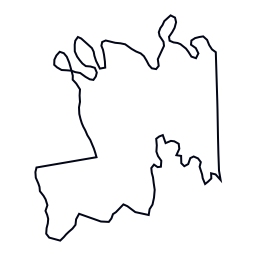 outline of Coronel Barros, Rio Grande do Sul, Brazil
{"feature_id": "56859067B68301382836853", "entity_name": "Coronel Barros", "entity_type": "district", "adm_level": 2, "iso_a3": "BRA", "parent_name": "Brazil", "parent_adm1": "Rio Grande do Sul", "projection": "natural_earth1", "projection_center": [-54.066, -28.404], "detail": "fine", "context": "isolated", "style": "outline", "palette": "ink", "viewbox_px": 256, "rotation_deg": 0, "n_neighbors": 0, "source": "geoboundaries", "source_scale": "gbopen_adm2", "svg_char_len": 2233}
<svg xmlns="http://www.w3.org/2000/svg" viewBox="0 0 256 256"><path d="M220.6,180.0L219.0,170.6L218.4,153.5L218.0,137.5L217.5,109.5L217.3,101.4L215.8,52.2L212.0,49.4L209.2,45.1L207.1,39.9L203.2,36.4L199.4,37.0L195.1,38.1L191.4,40.5L191.0,44.7L195.8,48.1L198.4,53.4L196.0,58.2L191.4,56.6L188.4,51.8L186.0,48.6L180.5,44.2L177.6,43.0L173.5,42.4L169.6,40.7L169.0,36.8L172.2,32.2L174.6,27.8L176.1,22.2L175.0,17.6L170.6,15.4L164.3,21.1L162.5,25.1L160.4,28.0L158.8,32.2L159.6,36.0L163.5,41.8L164.0,45.9L161.6,51.0L157.8,59.2L158.7,65.9L156.1,69.1L151.8,68.3L148.9,65.1L146.5,60.5L143.9,56.2L140.7,53.4L136.1,51.5L131.6,48.9L125.2,44.3L120.4,43.3L115.2,42.8L109.1,41.3L105.7,40.5L102.2,42.0L101.4,45.8L103.0,49.8L104.0,54.7L104.9,61.4L105.2,67.6L99.9,68.6L96.1,61.0L94.4,55.8L93.7,51.8L91.9,48.1L87.7,44.3L81.2,38.5L77.9,37.0L75.3,40.7L74.7,44.7L74.8,51.4L77.1,56.6L79.6,60.1L82.4,63.5L85.8,66.1L90.5,66.5L94.8,67.8L96.8,72.6L95.8,76.5L93.4,79.9L89.8,79.3L85.6,76.9L80.2,73.0L75.2,72.1L71.5,70.7L72.8,75.7L72.7,79.7L76.3,83.6L80.0,89.4L79.6,95.5L80.0,101.9L79.0,107.4L79.3,114.0L80.5,119.0L81.8,123.2L83.4,126.9L85.2,130.2L87.4,135.3L90.3,140.0L92.3,144.8L93.9,148.6L95.3,152.9L96.5,157.2L36.5,167.5L35.4,172.1L35.8,177.7L38.3,183.4L39.5,186.9L39.9,191.2L43.6,195.9L45.6,199.4L47.4,205.2L45.5,210.9L47.2,215.0L48.2,218.9L47.8,223.5L46.6,228.1L46.2,233.7L49.2,237.6L60.2,240.6L63.8,237.1L66.1,234.4L68.8,231.8L72.5,228.6L75.5,224.8L76.1,219.3L79.1,213.8L100.9,221.5L108.8,221.9L111.4,218.5L113.0,214.1L115.9,212.2L119.1,208.9L123.4,204.4L127.4,206.2L135.3,212.1L148.7,215.0L149.6,209.2L152.5,204.6L154.0,197.7L154.7,189.8L153.7,183.0L153.0,177.3L151.8,172.9L151.3,168.1L154.0,164.6L157.6,167.1L160.9,166.7L161.3,160.8L158.0,156.1L156.4,151.6L156.8,145.4L156.2,138.8L159.2,136.5L162.8,135.1L165.6,143.1L170.9,140.9L174.3,141.3L178.7,143.8L179.3,148.8L176.4,155.2L181.1,155.9L181.3,163.2L184.3,166.2L188.2,164.1L190.3,158.1L193.7,156.5L198.0,158.4L200.8,162.1L199.6,166.7L202.1,174.4L202.7,178.2L205.1,184.0L208.0,181.7L211.3,178.5L211.1,173.3L215.6,174.4L220.6,180.0ZM54.2,64.8L57.1,67.4L61.6,70.0L66.8,70.3L71.5,70.7L69.2,62.6L66.8,56.8L63.8,53.2L59.7,51.8L56.4,55.5L54.4,59.7L54.2,64.8Z" fill="none" stroke="#020617" stroke-width="2"/></svg>